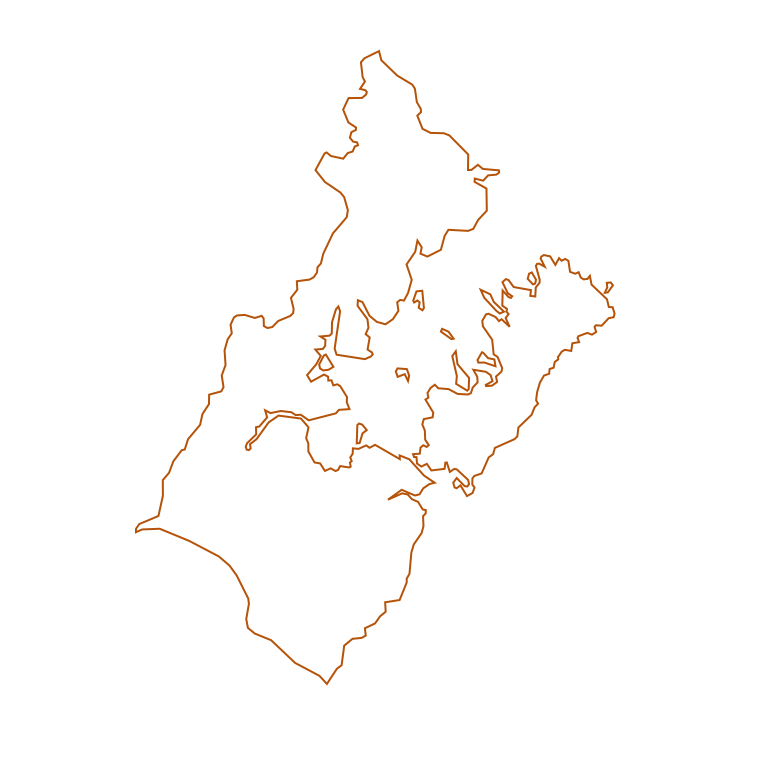 map outline of Los Lagos (Robinson projection), rotated 208°
{"feature_id": "CHL-2704", "entity_name": "Los Lagos", "entity_type": "Region", "adm_level": 1, "iso_a3": "CHL", "parent_name": "Chile", "parent_adm1": "", "projection": "robinson", "projection_center": [-73.115, -42.159], "detail": "fine", "context": "isolated", "style": "outline", "palette": "amber", "viewbox_px": 768, "rotation_deg": 208, "n_neighbors": 0, "source": "natural_earth", "source_scale": "10m", "svg_char_len": 6174}
<svg xmlns="http://www.w3.org/2000/svg" viewBox="0 0 768 768"><g transform="rotate(208 384 384)"><path d="M542.2,357.3L547.3,364.3L547.7,372.4L546.0,375.5L539.4,379.6L529.0,381.7L524.0,386.8L521.0,385.3L517.3,378.8L513.2,378.7L509.4,381.8L507.0,390.0L498.7,400.1L497.5,403.9L499.0,407.8L506.6,416.4L504.8,426.5L509.2,433.8L498.7,441.3L496.1,445.5L495.5,451.0L497.5,455.9L496.3,460.8L498.8,470.7L499.8,493.0L495.2,513.8L497.5,520.5L506.9,530.3L512.4,532.6L530.9,534.6L544.9,540.7L544.7,559.7L543.4,561.5L537.9,560.4L525.8,563.8L524.4,570.9L520.8,574.6L521.3,580.0L519.0,582.6L521.2,584.7L525.1,583.5L529.8,585.5L531.0,591.1L528.1,595.1L529.1,597.3L538.2,598.2L548.9,607.1L549.5,619.8L537.7,626.3L535.7,631.2L536.2,633.7L538.4,634.7L543.7,633.3L542.8,642.1L546.9,644.9L555.4,657.2L554.2,662.4L544.7,675.6L538.3,668.6L517.0,662.5L499.6,661.6L495.4,659.3L487.3,648.3L480.6,644.1L479.0,641.5L480.6,636.6L469.8,627.4L460.7,627.6L448.9,633.5L443.1,634.2L417.4,626.2L410.3,612.4L407.3,614.1L404.0,621.6L397.7,620.3L382.8,626.6L381.6,624.7L383.1,621.6L390.0,617.1L391.9,610.1L400.3,608.0L398.9,605.0L385.3,604.7L374.6,585.3L377.9,573.2L378.0,562.9L381.6,558.7L399.5,550.4L400.0,543.4L396.8,529.2L405.5,516.9L413.0,516.2L414.9,522.4L421.8,526.3L418.5,515.4L420.2,500.1L408.4,489.0L405.5,475.6L405.5,467.1L409.2,465.8L410.7,462.3L405.6,455.4L406.6,445.4L410.7,437.4L419.5,435.5L428.8,437.4L441.4,446.2L446.4,445.7L444.0,440.6L429.0,433.4L424.1,426.3L423.6,419.4L418.5,418.4L414.7,406.7L409.5,406.2L407.9,405.0L408.3,402.4L412.5,397.0L439.6,387.6L444.2,392.1L456.9,427.6L460.7,431.0L461.5,427.4L458.9,414.2L453.8,404.0L454.8,401.1L462.5,396.1L456.5,395.6L453.9,390.2L454.4,386.3L460.8,382.2L453.0,379.1L453.1,369.4L456.1,355.7L449.5,351.8L441.4,364.2L436.8,364.2L434.8,360.9L432.1,362.6L428.1,359.0L425.1,361.8L421.7,361.6L410.5,355.1L408.3,350.4L402.7,345.6L411.7,340.0L412.7,335.5L433.4,316.6L443.0,317.8L447.4,315.1L452.4,315.6L462.3,311.8L470.6,305.0L476.6,305.0L471.5,299.6L474.1,288.0L476.7,285.8L473.2,279.5L477.1,267.5L476.7,263.7L474.4,261.6L472.2,262.2L471.5,264.6L474.1,267.9L470.7,275.3L467.8,296.0L462.3,306.6L441.1,314.5L430.3,310.3L427.3,299.6L423.0,296.1L419.1,288.9L408.5,282.1L403.1,283.9L395.3,279.5L391.5,284.5L385.9,284.4L384.2,286.6L384.2,290.9L375.5,294.0L374.6,295.4L377.2,298.6L376.3,300.7L379.3,303.3L378.9,307.6L381.2,312.6L376.1,314.7L370.8,321.5L366.8,320.9L363.3,326.1L334.8,325.1L336.6,328.3L326.3,329.4L305.5,321.9L292.9,320.6L296.8,317.1L300.4,310.2L300.8,303.3L304.3,300.1L318.7,298.9L326.2,283.7L316.6,296.0L311.0,297.6L305.4,295.4L298.6,295.9L290.9,291.4L287.9,292.3L286.4,289.2L287.5,285.7L282.4,277.0L280.8,270.1L282.4,256.3L280.7,248.0L272.4,228.4L272.6,222.8L270.8,219.5L268.8,200.6L280.5,191.8L275.6,183.7L278.4,177.1L279.5,168.4L286.2,159.4L282.0,153.3L284.6,149.3L292.2,144.2L296.3,134.3L289.4,115.8L291.9,110.5L293.6,92.4L303.9,96.0L331.5,96.0L363.4,104.8L381.0,103.0L389.7,104.8L395.3,111.8L400.1,126.6L403.2,130.9L424.2,145.8L435.1,151.1L448.8,154.2L482.1,154.0L514.1,150.9L529.3,142.0L533.4,136.7L535.0,139.8L534.3,145.5L521.2,161.6L526.8,181.6L534.2,195.3L532.1,204.7L533.7,217.0L531.5,230.6L529.2,232.6L531.1,243.3L527.2,261.6L530.2,272.3L529.1,284.1L533.4,292.5L524.2,301.1L524.2,305.8L531.3,315.4L532.8,326.3L540.6,338.9L543.0,350.0L542.2,357.3ZM221.7,557.6L218.1,559.1L213.4,554.3L212.6,550.8L216.5,547.6L219.2,537.7L224.5,535.3L224.9,533.3L221.1,529.5L223.6,525.2L228.4,524.6L234.7,517.6L234.8,515.6L231.4,512.6L236.8,508.4L234.2,501.1L240.4,499.1L242.3,495.9L243.0,489.4L241.7,487.5L243.6,483.7L241.9,478.0L244.8,475.0L243.0,470.5L246.7,466.6L247.0,458.5L245.0,448.8L242.1,441.1L238.7,438.9L240.1,434.2L239.2,426.2L244.9,408.7L241.7,400.4L242.8,396.7L256.1,379.6L254.7,373.3L257.1,368.3L255.8,350.9L261.1,345.2L261.6,342.1L258.8,336.7L255.5,335.1L254.6,329.4L258.1,324.0L268.9,330.4L270.9,326.1L273.1,325.8L276.5,329.3L275.7,335.1L264.8,331.7L262.3,332.6L261.9,335.5L264.7,338.8L279.6,342.8L282.1,342.0L284.6,337.3L291.7,344.2L292.9,343.4L290.7,337.5L301.6,329.9L308.7,333.6L312.3,328.6L317.5,329.3L321.0,334.7L323.2,333.6L325.4,335.7L319.7,339.3L321.9,345.0L320.5,348.4L316.8,348.4L315.8,351.0L321.5,354.2L326.1,362.1L331.2,366.3L332.4,371.7L325.4,377.4L327.1,381.9L340.1,389.7L338.4,392.8L341.4,396.5L341.0,402.4L338.8,407.2L334.1,405.7L324.6,409.8L314.3,409.8L304.9,414.2L303.0,416.6L304.0,422.5L302.1,429.4L305.0,434.1L311.8,438.5L299.8,442.6L294.0,441.9L289.5,437.4L293.7,431.0L292.9,430.1L287.8,433.3L285.1,438.9L288.6,443.2L286.1,450.1L287.1,453.5L296.4,461.2L301.1,461.7L309.3,473.9L323.8,481.4L326.9,486.0L326.6,493.4L324.7,495.1L316.9,495.5L312.0,493.5L310.6,496.4L299.9,493.5L307.6,499.4L306.8,504.2L309.8,505.4L310.7,508.1L316.3,508.7L323.1,522.2L315.0,519.3L312.4,519.5L312.0,521.7L317.4,522.3L327.2,529.5L325.7,533.8L323.0,534.3L315.0,530.5L298.3,535.9L296.2,530.5L291.5,532.3L295.3,540.4L294.2,546.4L295.4,549.1L305.3,559.5L305.3,561.9L303.5,563.1L297.1,563.0L304.6,568.3L304.9,570.3L303.4,572.9L297.2,574.7L288.6,569.6L288.5,577.3L285.1,576.2L282.7,579.5L279.0,579.3L272.4,570.4L267.0,571.1L264.6,574.1L260.3,570.4L256.9,570.1L253.7,572.3L253.0,576.1L247.4,569.2L226.9,563.5L221.7,557.6ZM336.8,440.7L336.0,446.6L328.4,436.0L311.7,429.3L306.8,419.2L307.4,417.2L320.4,418.0L323.4,425.2L336.8,440.7ZM449.2,382.7L436.7,375.4L439.7,370.5L444.1,367.4L447.8,367.7L450.4,370.8L450.5,380.9L449.2,382.7ZM312.0,504.2L314.9,500.6L319.3,501.4L335.9,507.2L342.9,512.6L332.2,513.1L325.6,508.0L312.0,504.2ZM312.7,449.0L312.4,458.0L311.2,458.2L304.2,455.7L298.1,457.5L293.9,452.0L305.4,450.1L310.7,447.2L312.7,449.0ZM377.6,335.2L379.8,330.4L377.8,320.4L380.2,318.8L388.3,335.3L387.4,337.4L384.1,337.9L377.6,335.2ZM384.7,467.1L389.1,467.6L390.9,472.9L393.8,473.4L395.6,470.1L397.3,471.2L398.8,481.0L394.0,484.3L384.4,469.8L384.7,467.1ZM375.3,396.7L379.5,400.7L379.4,404.1L370.8,407.9L365.7,403.2L364.2,397.9L370.3,402.4L375.3,396.7ZM299.2,541.9L306.5,544.3L307.7,549.5L305.9,551.9L298.7,547.4L297.7,543.7L299.2,541.9ZM345.5,455.3L358.4,457.0L358.6,460.0L351.6,460.5L343.8,456.7L345.5,455.3ZM231.9,568.2L232.2,574.1L234.8,577.9L231.5,580.1L228.2,578.6L229.4,569.9L231.9,568.2Z" fill="none" stroke="#b45309" stroke-width="2"/></g></svg>